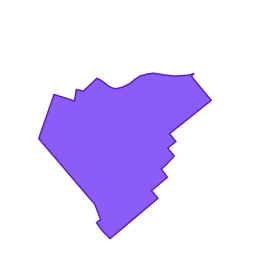 outline of Floyd, Indiana, United States of America, rotated 230°
{"feature_id": "52423323B55825448970997", "entity_name": "Floyd", "entity_type": "district", "adm_level": 2, "iso_a3": "USA", "parent_name": "United States of America", "parent_adm1": "Indiana", "projection": "equal_earth", "projection_center": [-85.894, 38.3], "detail": "fine", "context": "isolated", "style": "filled", "palette": "violet", "viewbox_px": 256, "rotation_deg": 230, "n_neighbors": 0, "source": "geoboundaries", "source_scale": "gbopen_adm2", "svg_char_len": 698}
<svg xmlns="http://www.w3.org/2000/svg" viewBox="0 0 256 256"><g transform="rotate(230 128 128)"><path d="M75.6,42.9L65.0,42.3L54.8,43.2L54.9,105.8L64.9,105.7L65.0,126.5L75.2,127.1L75.2,132.2L76.8,145.4L87.0,145.5L86.9,156.0L97.0,156.1L95.7,209.5L126.8,209.8L127.3,213.7L128.4,210.8L129.9,207.8L137.8,197.1L141.0,194.1L141.7,193.4L142.4,192.7L144.2,190.9L153.5,182.9L156.6,178.0L156.8,177.8L159.9,171.0L160.0,171.0L160.9,162.8L160.8,158.3L162.6,150.7L165.5,144.4L168.6,141.7L172.7,140.0L180.1,138.5L183.7,137.3L184.8,136.5L186.1,136.0L184.9,117.6L190.7,113.2L183.1,104.4L201.2,92.9L177.3,52.8L116.0,53.3L90.7,53.5L75.6,48.2L75.6,42.9Z" fill="#8b5cf6" stroke="#5b21b6" stroke-width="1.5"/></g></svg>